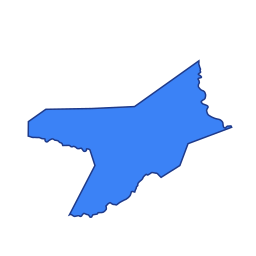 outline of Tomala, Lempira, Honduras, rotated 328°
{"feature_id": "27666195B14707888377394", "entity_name": "Tomala", "entity_type": "district", "adm_level": 2, "iso_a3": "HND", "parent_name": "Honduras", "parent_adm1": "Lempira", "projection": "orthographic", "projection_center": [-88.742, 14.255], "detail": "fine", "context": "isolated", "style": "filled", "palette": "blue", "viewbox_px": 256, "rotation_deg": 328, "n_neighbors": 0, "source": "geoboundaries", "source_scale": "gbopen_adm2", "svg_char_len": 5638}
<svg xmlns="http://www.w3.org/2000/svg" viewBox="0 0 256 256"><g transform="rotate(328 128 128)"><path d="M223.7,108.6L144.9,113.3L107.6,92.3L68.2,68.6L46.9,69.8L39.1,82.0L40.3,83.3L41.4,84.7L41.9,85.2L42.2,85.5L42.5,85.7L44.0,86.6L46.1,88.1L46.9,88.5L47.4,88.9L47.7,89.1L48.2,89.7L48.5,90.1L49.0,90.9L49.3,91.3L49.5,91.5L51.1,92.7L51.7,93.2L51.7,93.3L51.6,93.7L51.5,94.0L51.2,94.3L51.1,94.6L51.0,94.9L51.0,95.2L51.0,95.6L51.1,96.0L51.3,96.3L51.6,96.7L51.8,96.8L52.0,96.9L52.4,96.9L52.7,97.0L53.2,96.9L54.1,96.7L54.5,96.7L55.2,96.7L56.6,96.8L57.3,96.9L57.7,97.0L58.0,97.1L58.4,97.5L58.7,97.8L58.9,98.2L59.1,98.5L59.3,99.1L59.4,99.4L59.7,99.7L60.4,100.3L61.0,100.8L61.8,101.7L61.9,101.9L62.1,102.5L62.3,103.5L62.4,103.9L62.8,104.5L63.2,104.9L63.4,105.3L63.6,105.7L63.7,106.0L63.8,106.2L63.8,106.4L63.4,108.2L63.4,108.3L64.3,108.8L65.6,109.6L68.8,111.5L69.1,111.9L69.4,112.5L69.6,112.9L69.7,113.5L69.8,113.6L69.9,113.8L70.3,114.1L70.8,114.4L71.2,114.5L71.8,114.6L72.1,114.7L72.3,114.9L72.6,115.2L73.1,115.9L73.5,116.7L73.7,117.1L73.8,117.7L73.9,118.0L74.1,118.5L74.4,118.8L74.9,119.2L75.4,119.5L75.8,119.7L76.4,119.8L76.8,120.0L77.4,120.2L77.8,120.6L78.0,122.8L78.1,123.9L78.2,124.2L78.5,124.6L78.8,124.8L79.3,125.1L79.6,125.1L79.9,125.2L80.3,125.1L80.7,125.0L80.8,124.9L81.0,124.8L81.2,124.5L81.3,124.3L81.4,124.1L81.5,123.9L81.8,123.8L82.2,123.9L82.5,124.2L83.1,124.7L83.4,125.0L83.6,125.3L83.8,125.6L84.0,126.0L84.1,126.4L80.1,142.3L32.3,170.6L32.9,170.7L33.4,170.9L33.8,171.1L34.1,171.3L34.2,171.5L34.3,171.9L34.5,172.5L35.0,173.4L35.4,174.2L35.6,174.4L35.8,174.6L36.1,174.8L36.7,175.0L37.2,175.2L38.7,175.7L38.9,175.8L39.6,176.2L39.9,176.4L40.1,176.6L40.2,176.8L40.3,177.2L40.5,177.4L40.6,177.6L40.9,177.8L41.1,177.9L41.4,177.9L41.6,178.0L41.8,178.0L42.2,177.9L43.0,177.5L43.6,177.3L44.8,177.0L45.2,177.0L45.3,177.1L45.5,177.2L45.7,177.4L46.0,177.7L46.7,178.8L47.5,179.8L48.1,180.3L48.3,180.6L48.4,180.9L48.5,181.3L48.6,183.4L48.6,183.5L48.8,183.7L49.2,183.9L49.7,184.1L49.9,184.2L50.0,184.1L52.3,183.0L55.4,184.3L56.2,184.6L56.4,184.6L56.6,184.6L57.2,184.3L57.6,184.0L57.8,184.0L58.4,184.3L60.2,185.4L61.0,185.8L61.5,186.0L61.9,186.1L62.3,186.2L62.7,186.3L63.4,186.2L64.0,186.2L65.4,185.8L65.9,185.6L66.3,185.5L66.5,185.4L66.6,185.2L67.0,184.8L67.3,184.2L67.7,183.4L67.8,183.1L67.8,182.7L68.0,182.5L68.1,182.4L68.7,182.3L70.1,182.0L70.3,181.9L70.6,181.8L70.8,181.7L71.4,181.7L72.7,181.7L73.2,181.8L73.3,181.9L73.5,182.1L73.6,182.5L74.3,184.0L74.6,184.5L74.9,184.9L75.4,185.3L75.7,185.5L76.3,186.0L76.6,186.2L76.8,186.4L77.0,186.8L77.3,187.0L77.5,187.1L78.1,187.1L81.3,186.8L81.9,186.8L84.0,186.9L86.4,187.1L87.0,187.1L87.8,187.3L88.6,187.4L89.8,187.3L91.3,187.2L92.1,187.0L92.8,186.8L93.5,186.6L94.1,186.3L94.5,186.1L95.1,185.6L96.2,184.7L96.9,184.0L97.0,184.0L97.2,183.9L97.5,184.0L97.8,184.0L98.1,184.2L98.4,184.4L98.6,184.6L98.9,184.9L99.2,185.3L99.4,185.6L99.7,185.8L99.8,185.9L100.0,185.8L100.5,185.2L101.4,184.5L102.4,183.9L103.0,183.5L103.2,183.3L103.6,182.8L103.9,182.5L104.4,182.3L104.7,182.2L105.0,182.2L105.5,182.1L105.8,181.9L106.0,181.7L106.2,181.3L106.5,180.9L106.8,180.6L107.2,180.2L108.1,179.9L109.1,179.6L109.7,179.5L111.8,179.2L113.0,178.9L113.5,178.7L113.8,178.5L114.2,178.2L114.5,178.0L114.9,177.8L115.3,177.6L116.4,177.3L117.3,177.1L118.0,177.0L118.6,176.9L118.9,177.0L119.1,177.1L119.3,177.4L119.3,177.8L119.4,178.0L119.5,178.1L119.9,178.3L120.3,178.4L122.0,178.4L123.0,178.4L124.2,178.3L124.4,178.4L124.7,178.4L125.8,179.3L127.5,180.9L128.4,181.6L128.6,182.0L128.8,182.4L129.0,183.4L129.5,185.8L129.9,187.4L152.1,187.3L170.6,173.1L216.3,182.3L216.4,181.6L216.5,181.0L216.4,180.8L216.1,180.6L214.9,180.0L213.6,179.3L213.3,179.1L213.1,179.1L212.1,179.2L211.5,179.3L210.9,179.5L210.7,179.5L210.3,179.3L210.0,179.0L209.8,178.8L209.7,178.4L209.6,178.0L209.6,177.6L209.7,177.2L210.0,176.3L210.3,175.7L211.1,174.0L211.2,173.8L211.2,173.5L211.3,172.8L211.2,172.2L211.1,171.5L210.9,170.9L210.7,170.4L210.5,169.9L210.2,169.5L209.9,169.1L209.5,168.7L208.4,167.6L207.5,166.7L206.5,165.5L205.8,164.5L205.1,163.5L204.5,162.5L203.4,160.3L203.2,160.0L203.1,159.5L203.0,158.9L203.0,158.2L203.1,157.6L203.2,156.9L203.4,156.2L203.7,155.4L203.9,154.8L204.1,154.6L204.7,154.1L205.4,153.6L206.4,153.1L206.8,152.9L207.0,152.6L207.1,152.4L207.2,152.2L207.2,151.9L207.2,151.6L207.1,151.3L206.9,150.9L206.7,150.5L206.4,150.1L205.3,148.6L204.6,147.7L204.2,147.1L204.1,146.6L203.9,145.9L203.8,145.5L203.8,145.2L203.9,144.8L204.0,144.5L204.2,144.4L204.5,144.3L205.2,144.1L205.9,144.0L206.6,144.0L207.5,144.1L207.9,144.0L208.5,143.9L208.8,143.8L209.3,143.5L209.6,143.2L210.2,142.6L210.7,142.0L211.3,141.2L211.5,140.7L211.6,140.4L211.8,139.6L212.0,138.7L212.0,138.2L212.0,137.8L211.8,137.2L211.6,136.6L211.4,136.2L210.8,135.5L210.4,134.8L210.1,134.2L209.9,133.5L209.7,132.6L209.6,131.6L209.5,130.5L209.6,130.3L209.7,130.0L209.8,129.7L210.1,129.4L210.4,128.9L210.7,128.5L211.0,128.3L211.2,128.2L211.9,127.8L212.1,127.7L212.4,127.4L212.6,127.2L212.9,126.5L213.1,125.9L213.2,125.6L213.3,125.3L213.3,124.9L213.3,124.6L213.2,124.2L213.2,123.9L213.3,123.7L213.5,123.5L213.6,123.4L213.8,123.3L214.0,123.3L214.3,123.3L214.8,123.4L215.7,123.7L216.4,123.9L216.7,124.0L216.9,124.0L217.1,123.9L217.3,123.7L217.3,123.2L217.3,122.9L217.1,122.2L216.8,121.5L216.2,120.2L216.1,119.9L216.2,119.6L216.3,119.5L216.5,119.4L217.7,119.3L218.9,119.3L219.1,119.1L219.3,118.9L219.3,118.7L219.4,118.2L219.6,117.6L219.7,117.4L219.9,117.2L220.4,116.7L220.6,116.6L220.7,116.4L220.9,115.1L221.2,113.9L221.2,113.6L221.5,113.0L221.6,112.6L221.7,112.2L221.8,111.7L221.9,111.4L222.1,111.0L222.8,110.1L223.7,108.6Z" fill="#3b82f6" stroke="#1e3a8a" stroke-width="1.5"/></g></svg>